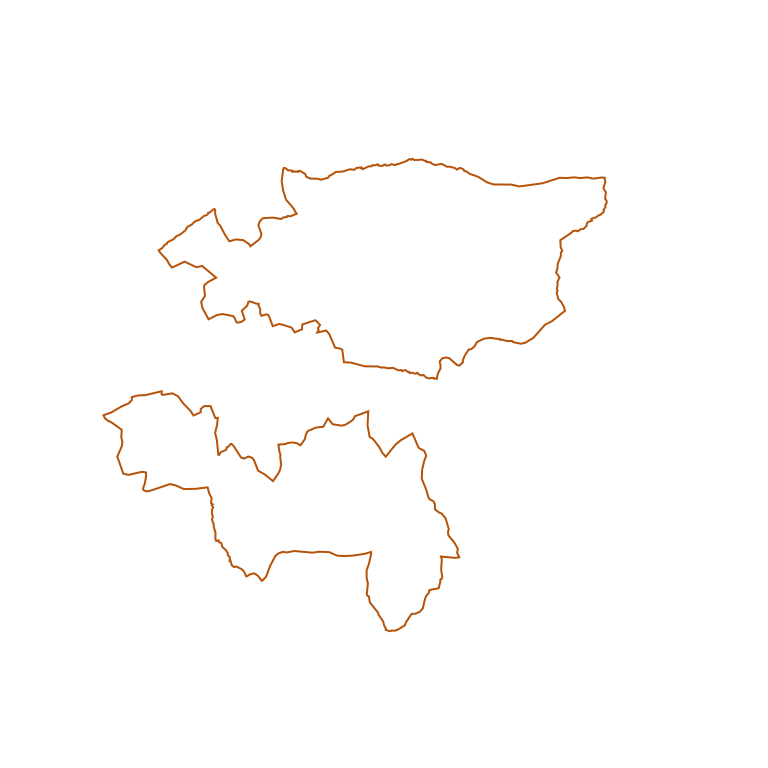 the district of Kahama, Shinyanga, United Republic of Tanzania, rotated 161°
{"feature_id": "72390352B22692962057204", "entity_name": "Kahama", "entity_type": "district", "adm_level": 2, "iso_a3": "TZA", "parent_name": "United Republic of Tanzania", "parent_adm1": "Shinyanga", "projection": "albers", "projection_center": [32.403, -3.76], "detail": "fine", "context": "isolated", "style": "outline", "palette": "amber", "viewbox_px": 768, "rotation_deg": 161, "n_neighbors": 0, "source": "geoboundaries", "source_scale": "gbopen_adm2", "svg_char_len": 6167}
<svg xmlns="http://www.w3.org/2000/svg" viewBox="0 0 768 768"><g transform="rotate(161 384 384)"><path d="M108.2,507.2L111.1,508.4L119.5,510.1L124.3,513.1L131.4,514.8L137.0,517.5L144.5,519.3L150.7,521.8L168.8,522.2L191.7,526.7L198.5,531.0L215.4,537.0L220.8,541.0L227.4,549.2L234.2,554.5L237.1,558.4L238.8,559.3L238.9,560.9L240.9,563.0L242.0,563.6L245.2,563.0L246.7,565.1L251.1,568.1L253.7,568.9L257.8,573.4L264.3,574.3L267.1,576.8L267.7,578.4L271.4,579.9L271.6,581.4L272.6,581.5L274.9,583.8L281.1,585.4L282.8,586.2L283.6,587.6L285.3,587.2L286.0,588.3L287.3,588.3L290.2,587.5L299.5,587.3L300.4,587.8L301.9,587.2L305.5,589.5L307.6,589.0L310.8,589.8L311.5,591.2L315.4,590.9L318.3,592.4L318.4,593.8L322.0,593.8L323.8,594.7L325.0,593.9L327.6,594.8L334.1,594.0L334.8,596.1L335.8,595.6L336.3,596.6L340.0,597.2L342.3,596.2L346.3,598.1L353.9,598.3L360.5,600.2L366.3,598.6L367.3,598.9L369.9,597.2L377.1,597.7L379.5,599.5L386.7,602.2L390.1,605.3L390.1,608.2L394.0,612.8L395.2,613.2L396.3,612.5L397.7,613.6L399.5,613.7L400.8,615.2L401.4,614.5L403.2,616.7L405.0,617.1L406.7,619.9L408.3,620.9L409.5,619.6L414.8,608.9L416.4,599.6L416.6,590.2L412.6,580.1L411.2,573.4L417.8,573.0L420.6,574.4L421.6,573.5L424.9,574.3L427.5,573.5L435.1,577.6L444.7,580.2L448.9,577.9L451.1,574.9L451.1,565.4L453.2,562.6L455.7,561.0L465.5,557.7L465.9,560.0L470.2,565.8L476.9,568.9L483.7,569.3L485.6,576.0L487.3,586.9L488.8,590.3L488.2,600.2L487.1,603.1L487.1,604.4L487.9,604.8L492.8,602.9L494.4,603.2L495.4,601.9L497.0,601.4L499.5,601.5L505.0,599.4L510.1,599.2L513.7,597.4L518.8,596.5L521.8,593.9L527.9,591.8L532.5,591.2L535.9,589.4L542.3,588.6L544.0,587.1L545.8,587.1L549.6,584.7L553.5,583.8L552.7,580.5L548.8,572.0L548.2,567.6L546.5,563.1L532.7,564.6L523.5,555.6L517.5,554.8L508.1,539.2L516.8,537.8L521.3,536.2L522.5,534.5L524.6,525.6L530.2,521.1L530.9,514.7L528.8,502.3L519.1,503.6L513.8,502.7L504.7,497.4L503.9,495.9L503.3,490.4L502.2,489.6L498.8,489.2L494.7,490.3L494.6,499.6L487.8,502.6L485.5,505.8L483.9,505.7L481.9,504.4L478.9,501.7L476.4,500.7L477.0,499.7L476.7,495.1L478.1,491.0L477.7,488.4L472.3,488.1L471.4,487.5L470.7,486.0L470.4,474.9L463.5,474.9L459.0,471.9L453.0,467.4L451.6,461.9L443.8,462.4L441.8,466.9L428.5,466.7L427.7,466.0L425.2,460.6L428.3,458.2L428.2,456.3L430.3,454.4L421.3,453.4L419.5,449.0L418.4,434.3L413.7,431.6L412.3,430.1L414.8,417.6L408.5,415.1L396.4,407.0L384.2,402.6L381.4,400.5L378.4,399.6L375.4,397.7L370.0,396.2L365.8,392.1L363.1,391.6L362.8,390.3L359.3,390.3L357.5,387.6L356.2,387.2L356.2,386.1L353.5,385.4L351.0,383.4L348.8,383.7L348.2,382.0L345.7,379.8L343.7,379.7L342.1,376.4L339.5,374.6L335.6,373.9L335.1,372.8L334.0,373.0L332.5,371.6L329.7,376.3L325.6,380.2L324.5,383.0L324.1,387.1L320.5,389.3L316.7,388.9L313.8,387.0L308.8,378.2L306.9,376.9L302.2,378.9L302.0,380.4L298.7,384.3L292.7,389.0L290.0,388.6L286.4,390.0L282.4,393.4L274.5,394.3L268.5,393.0L259.9,388.7L259.6,387.7L258.3,387.7L253.6,384.5L248.7,382.9L248.2,381.5L241.4,377.5L237.0,377.0L227.8,379.0L212.5,387.6L204.8,388.7L189.0,394.3L188.8,398.4L189.7,403.8L191.6,407.9L191.1,413.2L190.7,414.7L189.4,415.8L189.6,417.6L187.4,421.6L186.9,423.9L183.4,427.6L185.0,433.4L182.7,436.3L180.4,441.3L175.2,447.3L173.9,450.7L172.1,451.8L172.5,455.4L170.5,462.5L157.3,466.1L155.6,467.1L152.6,466.6L151.1,465.3L147.2,466.3L144.8,465.7L141.0,467.6L139.8,469.9L138.1,470.8L134.3,470.7L134.2,472.6L129.0,472.6L126.6,473.5L123.9,473.6L120.2,475.3L119.4,477.5L117.0,479.1L116.6,481.0L114.9,482.3L113.9,484.3L114.6,487.2L111.8,493.1L112.8,497.7L109.0,502.9L108.2,507.2ZM369.2,195.7L369.8,200.7L368.0,203.7L368.1,205.9L369.2,211.4L372.4,219.9L371.6,223.5L370.0,225.5L369.5,236.8L371.7,242.8L374.0,244.8L376.6,248.9L375.0,253.9L375.4,257.0L378.5,260.3L378.9,262.1L378.5,269.4L379.1,282.3L375.7,290.8L370.8,298.5L367.4,302.5L367.8,307.8L371.7,311.9L372.1,313.2L373.2,328.0L386.4,325.4L393.0,322.9L406.0,314.7L408.0,319.6L409.0,325.7L411.4,332.9L412.6,336.0L414.8,338.6L413.0,350.3L407.8,363.3L421.9,363.0L424.9,360.3L428.5,359.2L434.0,358.0L437.7,358.5L445.6,362.6L448.1,369.7L455.5,363.3L462.5,365.0L471.5,364.3L474.2,361.8L476.8,357.6L482.9,353.2L485.6,356.4L490.0,358.7L494.7,359.6L496.4,359.2L503.5,361.1L504.9,354.4L504.9,350.8L505.9,348.9L507.6,340.9L510.3,336.6L513.0,333.9L520.6,328.3L526.3,337.4L531.3,343.1L531.7,354.0L532.6,357.0L535.7,359.5L540.6,359.1L543.1,361.0L546.4,374.4L547.7,377.0L548.7,377.2L551.7,375.4L553.3,375.4L553.8,374.0L555.0,373.1L560.5,372.7L563.0,370.6L563.7,371.1L560.3,385.3L559.6,392.8L555.1,399.7L552.2,406.1L554.6,406.8L555.2,419.6L560.7,421.5L562.5,421.3L565.5,419.9L566.4,417.0L574.4,416.2L575.6,421.4L580.0,430.5L582.7,439.4L587.0,444.0L596.7,445.7L597.7,446.6L596.5,449.5L613.6,451.2L620.4,453.3L626.7,453.7L627.6,451.0L631.6,448.8L639.0,448.3L651.1,445.9L659.4,445.8L659.1,442.6L656.9,439.0L654.1,436.4L646.9,426.1L649.8,418.9L650.2,414.5L652.2,410.5L659.8,402.2L659.7,384.1L655.3,381.3L641.2,379.7L637.8,377.8L638.9,374.5L642.4,368.0L646.0,363.5L645.9,361.9L643.5,359.8L640.3,359.2L618.7,359.0L613.8,355.8L607.4,349.8L596.1,346.2L584.4,343.7L584.9,337.2L584.1,332.4L586.3,327.5L585.1,326.0L586.3,325.4L585.6,323.1L587.3,321.4L588.6,318.5L589.3,313.7L590.8,311.8L590.7,306.9L591.5,304.4L591.7,298.4L593.9,292.4L593.7,290.2L591.4,290.1L591.5,288.4L589.7,286.6L589.9,282.4L587.4,278.2L586.8,274.7L587.4,272.9L586.1,270.5L587.5,267.2L586.7,267.3L586.9,262.3L585.5,259.8L583.0,259.5L579.0,255.4L577.6,252.8L576.8,246.8L572.4,247.6L568.4,247.3L565.6,243.7L563.7,237.7L563.1,237.7L558.2,240.2L551.0,249.0L542.9,256.6L539.3,258.2L534.0,258.2L531.2,256.5L523.2,255.3L506.5,247.8L500.2,246.6L490.6,242.9L484.1,236.9L477.6,234.3L469.0,231.8L457.2,229.7L451.0,229.4L451.4,227.7L456.8,218.9L461.2,213.3L463.5,206.4L464.2,200.5L468.8,190.7L468.5,189.0L467.4,188.1L468.5,182.2L464.1,169.7L464.3,167.9L462.1,159.7L462.5,155.8L461.9,152.2L462.5,151.1L458.9,148.3L456.6,148.3L453.9,147.1L450.4,147.3L442.8,149.1L440.9,151.5L432.8,157.6L428.8,156.6L424.4,156.9L420.3,159.3L415.3,167.3L413.3,169.7L409.9,171.8L408.0,174.4L398.8,173.1L394.9,179.1L394.5,180.7L392.8,181.1L391.7,182.7L390.4,189.9L386.4,199.5L386.3,202.3L373.0,196.3L369.2,195.7Z" fill="none" stroke="#b45309" stroke-width="2"/></g></svg>